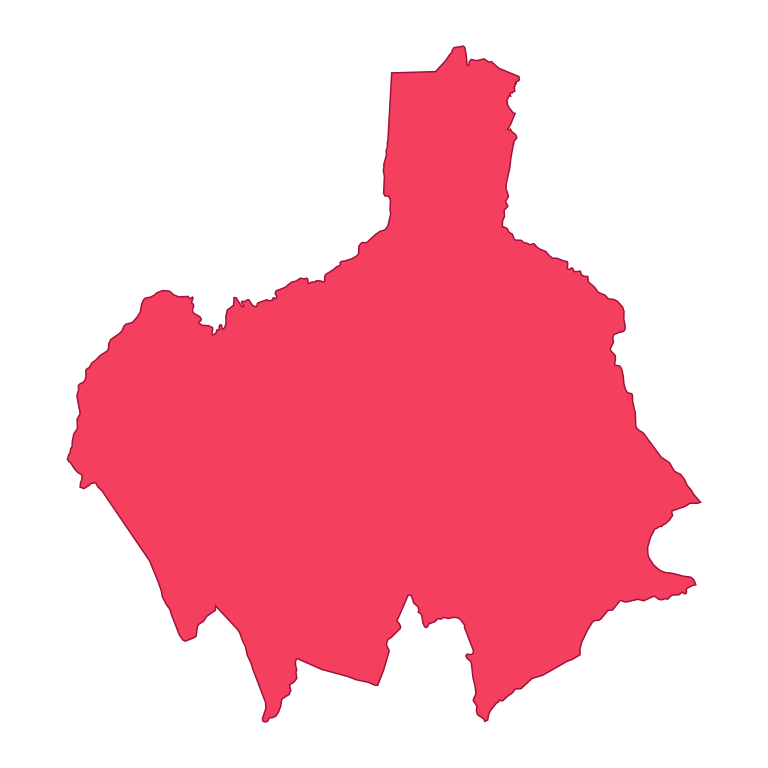 the district of Milange, Zambezia, Mozambique
{"feature_id": "85939544B24654814708458", "entity_name": "Milange", "entity_type": "district", "adm_level": 2, "iso_a3": "MOZ", "parent_name": "Mozambique", "parent_adm1": "Zambezia", "projection": "equal_earth", "projection_center": [35.856, -16.231], "detail": "fine", "context": "isolated", "style": "filled", "palette": "rose", "viewbox_px": 768, "rotation_deg": 0, "n_neighbors": 0, "source": "geoboundaries", "source_scale": "gbopen_adm2", "svg_char_len": 6061}
<svg xmlns="http://www.w3.org/2000/svg" viewBox="0 0 768 768"><path d="M572.4,659.4L580.0,654.8L580.0,648.9L581.9,641.7L587.5,630.2L592.3,622.2L594.9,620.5L598.6,620.3L600.7,619.2L607.9,610.5L612.7,609.9L620.0,600.7L620.9,600.4L624.5,601.9L626.8,601.9L637.9,599.3L643.7,600.8L653.3,596.4L655.4,596.7L658.7,599.3L661.7,599.8L665.8,598.6L667.5,599.3L671.9,595.1L678.7,594.8L682.4,592.1L684.4,593.8L685.7,593.8L686.6,592.2L686.2,589.3L687.3,588.1L692.8,585.4L695.8,584.8L694.2,580.5L692.5,578.4L690.3,577.1L683.5,576.2L671.8,573.2L665.5,572.6L661.1,571.0L657.4,568.4L653.4,564.7L648.8,557.4L647.9,554.1L647.6,547.3L650.6,537.0L654.8,529.0L655.6,528.3L656.7,528.5L658.9,526.7L662.0,526.3L662.8,525.0L665.3,523.8L669.4,520.1L672.7,515.3L671.7,512.4L672.1,510.9L685.3,506.3L690.0,503.2L697.2,503.3L700.6,502.3L694.1,494.9L690.4,489.0L687.3,485.6L684.4,479.3L680.7,474.4L674.5,471.4L669.5,462.7L661.2,457.2L643.3,433.0L638.6,430.0L636.3,427.5L635.7,424.9L635.3,412.8L632.6,401.6L632.4,395.1L631.8,393.8L627.7,392.8L625.5,389.5L623.8,383.2L623.3,376.5L622.0,370.0L620.4,366.7L619.3,365.8L615.2,365.3L614.7,364.1L615.5,358.0L615.1,355.2L610.7,350.7L610.3,348.6L613.5,342.3L612.7,337.7L613.7,334.8L619.7,332.2L622.3,331.9L624.0,330.9L625.1,329.0L625.1,325.4L623.8,318.9L624.0,311.3L622.5,306.9L617.3,301.2L613.8,299.4L608.3,298.9L605.4,295.4L598.3,292.3L594.5,287.2L588.3,281.8L587.9,276.6L584.1,276.2L581.5,274.9L580.3,271.1L575.1,271.8L573.5,270.5L572.7,268.3L571.8,267.9L569.1,269.4L567.8,269.2L567.4,268.2L567.8,263.5L567.2,261.5L564.7,261.2L556.8,258.2L552.7,258.3L548.8,255.2L545.9,251.6L539.7,249.0L536.9,247.1L534.0,243.7L529.6,244.7L526.8,243.1L524.2,242.9L521.2,240.3L515.5,240.1L513.9,238.6L512.4,234.2L509.2,232.4L507.0,228.4L502.3,226.4L502.6,220.8L504.5,216.5L504.1,210.4L507.9,206.2L505.5,201.4L508.6,196.4L506.1,188.9L506.2,184.0L509.9,167.3L510.9,157.7L513.5,143.8L513.9,143.7L513.6,141.9L516.8,137.9L515.7,134.7L512.2,132.1L510.3,129.1L509.5,129.8L507.6,129.4L510.5,124.6L515.1,113.4L513.3,113.0L508.5,106.9L508.3,105.7L507.2,104.2L507.6,102.7L506.6,101.3L509.1,95.7L510.6,96.1L509.9,93.7L510.4,92.9L512.3,92.9L513.1,91.6L514.7,91.4L514.4,86.4L514.8,86.4L515.6,83.0L516.1,83.5L516.5,81.5L518.3,81.1L519.3,79.9L519.0,76.6L498.9,68.3L491.3,61.5L490.4,62.1L488.2,61.7L484.3,58.9L476.4,60.7L471.3,59.4L469.3,61.6L468.9,65.5L467.2,65.1L465.9,52.9L464.7,47.4L463.5,46.1L453.8,47.7L452.0,50.8L451.8,52.6L449.6,54.7L445.7,60.6L435.5,71.6L391.7,72.9L387.9,140.6L387.3,142.9L387.5,146.4L386.1,150.9L386.4,155.2L383.9,163.9L383.9,167.4L383.3,170.3L384.4,176.7L383.6,193.3L384.9,195.9L388.8,196.3L390.4,200.1L390.0,210.1L390.7,213.8L388.0,225.6L386.0,228.6L384.4,230.1L380.0,231.3L375.6,234.4L366.6,242.7L362.4,242.5L361.3,243.1L358.9,246.0L358.6,253.5L356.8,255.9L352.0,258.7L344.3,261.1L341.3,261.4L340.1,262.7L340.3,264.4L339.6,265.7L336.5,266.8L333.5,269.5L325.8,274.4L324.7,276.5L324.7,281.3L323.8,281.9L319.9,280.8L316.3,280.8L314.3,282.1L312.1,281.9L308.3,283.6L307.6,278.9L306.7,278.2L304.1,278.9L300.4,278.2L295.9,281.1L291.4,282.2L284.9,287.5L276.1,290.8L275.1,293.5L276.5,295.8L276.5,297.7L275.9,298.6L275.1,298.9L274.1,297.8L273.1,297.9L272.4,300.2L268.6,300.7L267.0,299.7L258.0,302.9L257.3,303.7L256.9,306.2L256.2,306.8L252.4,305.4L249.1,300.0L247.8,299.7L244.7,301.4L241.9,301.4L241.5,302.6L243.8,305.9L243.6,306.5L241.7,306.5L236.1,297.8L234.1,297.5L233.6,305.2L227.3,310.0L225.9,316.2L226.0,323.9L224.3,328.0L222.6,329.3L222.1,328.9L221.5,325.1L220.2,324.7L219.3,326.3L219.1,329.7L216.9,330.0L215.9,333.1L212.9,334.9L211.8,334.2L212.7,329.5L212.5,327.5L208.4,325.7L201.9,325.2L198.9,323.1L198.8,321.9L200.8,320.7L201.3,319.2L199.9,316.9L193.7,313.1L192.7,311.3L192.4,309.9L193.7,305.9L193.3,304.1L192.0,303.4L191.7,302.3L193.0,298.0L192.4,297.1L189.6,298.9L188.1,296.4L178.8,296.9L173.7,294.8L169.4,291.1L162.9,290.5L157.0,292.7L154.8,294.8L150.7,297.1L145.7,298.0L144.2,299.0L142.8,301.2L141.6,304.4L140.2,312.2L136.9,317.4L132.2,322.6L126.0,324.1L123.8,326.4L122.1,330.6L119.6,333.4L110.7,339.6L108.8,343.5L108.6,347.5L107.7,350.6L100.0,355.6L96.1,359.8L91.8,363.0L89.4,367.3L86.2,369.5L85.8,371.3L86.0,376.5L85.0,380.2L83.1,382.4L80.3,383.6L78.3,385.6L78.5,390.4L77.3,394.0L77.0,396.8L80.2,413.4L77.0,419.6L77.5,428.4L73.9,433.8L72.3,441.2L72.1,446.5L70.7,448.6L70.3,452.0L68.6,455.2L67.4,459.2L68.9,461.6L70.5,462.6L74.4,468.8L78.1,472.7L82.0,475.0L81.9,479.1L80.4,483.5L80.1,487.2L84.0,488.6L89.8,484.9L91.0,483.4L95.7,482.7L97.7,486.7L102.1,491.0L149.6,560.9L158.0,581.3L161.3,590.9L162.4,596.8L166.3,604.4L169.9,609.3L171.5,614.8L179.3,634.8L182.6,639.8L185.3,641.2L194.4,637.5L196.1,636.2L197.5,626.3L199.0,624.1L203.3,621.5L206.9,616.2L215.4,610.3L215.6,605.9L237.4,629.3L239.7,632.8L242.9,641.6L245.5,646.6L247.3,655.4L250.8,662.5L252.7,668.8L265.6,702.7L265.9,708.4L262.4,718.6L262.9,721.0L264.8,721.9L266.6,721.7L267.8,720.9L269.4,717.9L272.8,717.6L276.0,716.0L278.4,712.2L280.7,706.3L281.8,699.0L289.1,694.5L290.8,690.4L289.5,684.8L293.9,682.2L296.8,678.3L295.9,672.1L296.8,670.0L295.7,665.9L295.4,662.0L296.1,659.8L297.4,658.6L321.5,669.4L347.5,676.4L356.4,679.8L368.0,682.2L375.1,685.3L377.7,685.3L383.6,670.2L389.0,651.9L389.0,650.0L386.5,645.2L387.0,641.8L388.0,639.5L391.1,637.5L400.3,628.5L400.6,626.8L399.3,623.5L396.9,621.2L408.2,595.1L410.2,595.2L411.7,596.4L413.7,603.0L418.0,606.8L418.8,610.5L418.3,612.4L420.3,613.2L421.7,615.2L422.8,622.6L424.6,626.7L425.7,627.5L427.7,626.7L427.9,625.4L429.2,623.7L434.9,621.7L437.8,618.7L441.2,619.1L443.7,617.4L448.3,618.5L453.9,617.3L457.9,617.8L460.8,619.9L463.6,624.0L464.5,624.3L464.5,627.5L473.3,650.3L473.4,652.4L472.3,654.0L471.0,654.7L467.1,654.1L465.8,655.9L467.1,658.4L470.8,661.5L471.4,663.8L473.0,677.7L474.8,685.0L475.8,692.1L475.7,694.6L473.7,698.5L473.2,700.6L477.0,706.2L476.4,711.0L477.7,714.9L483.5,718.6L484.8,721.4L487.6,720.2L488.9,713.8L490.5,710.5L496.7,702.8L498.5,702.0L499.2,700.0L501.6,700.9L503.0,700.6L508.2,695.7L512.6,692.7L515.3,689.0L521.0,688.7L532.0,678.5L542.6,675.3L567.7,661.0L572.4,659.4Z" fill="#f43f5e" stroke="#9f1239" stroke-width="1.5"/></svg>